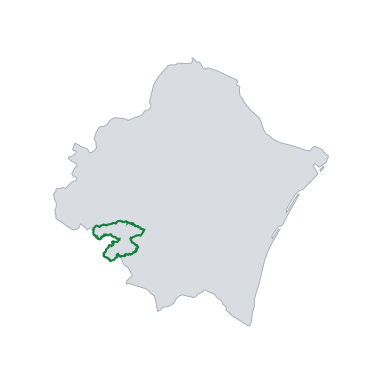 Bafing, Bafing, Ivory Coast (highlighted), rotated 305°
{"feature_id": "98640826B37750272367318", "entity_name": "Bafing", "entity_type": "district", "adm_level": 2, "iso_a3": "CIV", "parent_name": "Ivory Coast", "parent_adm1": "Bafing", "projection": "albers", "projection_center": [-7.651, 8.455], "detail": "fine", "context": "in_parent", "style": "outline", "palette": "green", "viewbox_px": 384, "rotation_deg": 305, "n_neighbors": 0, "source": "geoboundaries", "source_scale": "gbopen_adm2", "svg_char_len": 9134}
<svg xmlns="http://www.w3.org/2000/svg" viewBox="0 0 384 384"><g transform="rotate(305 192 192)"><path d="M98.3,90.0L99.5,89.9L102.4,89.1L105.1,87.1L107.6,83.0L111.0,79.7L114.7,79.9L115.9,79.3L117.2,79.2L118.8,81.3L120.4,83.0L121.5,83.0L122.4,86.2L129.3,87.5L132.3,88.3L134.8,90.6L135.6,90.7L136.7,90.2L137.5,89.4L137.7,88.5L136.6,86.5L137.1,84.6L138.2,82.9L140.0,82.8L142.6,82.4L145.7,82.3L148.0,82.6L148.9,81.0L148.1,76.3L148.3,73.8L148.6,71.6L149.5,70.7L152.9,73.4L156.1,74.4L158.3,74.5L158.9,73.9L158.0,71.0L158.2,70.1L159.1,69.6L160.5,69.3L164.5,68.0L164.9,68.3L165.7,72.9L165.4,74.5L166.2,77.7L167.3,80.6L167.2,81.8L166.3,83.6L165.3,85.3L165.5,86.0L167.1,87.1L170.1,88.3L173.3,88.6L175.0,86.8L176.9,85.4L178.1,84.2L178.6,82.3L180.6,81.0L186.3,79.2L191.5,79.0L192.8,79.5L195.2,82.1L198.2,83.8L202.8,83.6L206.2,84.6L209.1,86.6L211.1,91.0L213.2,94.1L214.1,98.6L217.5,101.0L220.1,102.1L223.7,105.3L227.4,107.0L231.2,106.6L233.0,108.3L235.9,109.5L238.7,109.5L241.2,105.7L244.4,104.2L252.8,101.1L256.0,99.7L259.4,98.8L267.4,98.4L274.9,99.3L278.6,99.9L281.1,99.4L283.6,101.2L286.1,104.9L288.1,106.1L290.2,107.4L291.8,110.3L293.7,113.3L294.7,114.6L297.0,117.5L298.9,117.5L300.8,116.2L301.6,115.3L302.0,117.2L301.3,120.3L301.4,122.2L302.5,123.0L302.0,125.5L299.8,129.7L299.8,132.3L302.0,133.0L303.6,135.6L304.6,140.2L305.6,141.7L305.7,142.6L307.4,153.6L309.5,164.7L308.3,166.1L306.6,166.6L305.5,167.1L305.2,168.1L305.9,169.7L305.5,171.0L303.3,172.0L298.7,175.6L298.4,177.0L297.2,180.0L296.2,181.8L294.7,185.3L292.4,194.2L291.6,201.7L291.5,204.0L290.6,205.6L289.5,207.9L284.5,214.3L282.0,219.6L282.4,221.8L282.5,224.1L281.8,225.7L282.0,230.1L282.6,233.8L283.6,237.4L287.4,247.6L289.4,253.7L290.6,258.7L291.7,262.1L292.7,263.4L293.1,264.7L298.6,265.6L299.7,266.3L301.3,272.8L301.0,275.7L300.0,276.9L300.1,279.3L299.8,282.4L299.1,283.7L296.0,283.9L293.9,285.1L291.2,284.6L290.9,283.9L289.4,283.6L285.3,281.9L285.9,276.2L284.0,276.0L282.6,276.8L279.8,283.6L278.4,284.8L258.1,281.5L253.6,278.7L248.4,278.1L239.2,278.5L231.6,279.4L229.4,281.2L248.6,280.0L250.6,280.2L251.6,281.2L227.4,283.6L218.2,285.0L215.4,284.7L213.3,282.5L203.3,282.3L201.2,283.1L200.0,284.7L203.9,284.3L210.2,284.2L211.9,285.4L192.3,287.1L178.8,290.2L173.1,292.5L154.2,300.0L142.7,303.5L139.6,304.8L134.4,308.5L127.7,310.7L120.1,315.0L115.5,316.0L114.4,314.6L114.3,307.4L113.7,297.7L113.9,294.0L114.5,290.5L114.5,287.7L116.8,286.6L117.4,285.4L117.8,281.6L119.9,278.2L120.0,272.2L120.6,271.0L121.1,269.4L120.2,265.5L119.0,258.1L118.4,257.6L117.9,257.9L116.7,258.1L111.9,255.5L108.3,255.1L105.7,252.9L105.5,250.4L104.3,248.9L103.4,246.1L102.1,242.8L98.5,240.8L95.2,240.3L92.8,240.7L89.9,240.6L86.7,239.5L84.5,238.2L82.4,235.8L80.4,233.9L78.9,234.1L77.0,233.7L75.1,232.8L74.5,232.1L82.3,224.5L85.0,220.7L85.3,218.4L85.3,216.1L86.2,213.7L86.4,210.1L82.1,197.0L81.0,192.9L79.8,191.7L79.1,191.3L81.3,189.6L84.3,190.0L88.9,191.3L89.9,190.0L93.4,183.4L93.3,180.9L93.0,179.2L95.0,174.7L96.7,172.9L97.5,171.0L97.2,168.5L96.0,167.5L94.4,167.7L92.5,167.0L89.5,165.5L88.0,164.2L88.5,158.2L88.8,156.4L89.8,155.3L91.4,155.0L96.0,154.8L99.7,155.5L103.0,155.9L104.7,155.9L106.1,157.7L108.0,159.5L109.6,159.5L110.2,158.1L109.8,152.2L108.7,149.1L106.2,146.1L99.8,143.5L99.6,139.9L100.3,136.0L101.7,134.5L106.5,132.0L105.6,130.7L104.1,129.3L101.1,127.9L101.8,123.2L101.9,119.0L99.4,119.5L96.7,119.7L94.5,118.4L92.7,115.9L92.3,108.9L92.4,100.9L92.0,97.3L92.7,95.4L95.0,93.7L97.4,91.4L98.3,90.0ZM288.5,284.8L287.5,286.3L282.4,285.4L283.6,284.1L288.5,284.8Z" fill="#d9dde1" stroke="#a8b0b8" stroke-width="1"/><path d="M108.7,132.5L108.3,132.8L107.1,132.5L105.9,132.5L105.6,132.5L105.1,132.9L104.8,133.0L104.2,132.5L103.9,133.4L103.4,134.0L102.3,134.1L101.9,134.8L100.5,136.0L100.9,136.9L100.7,137.4L101.1,137.7L101.1,137.9L100.7,138.2L100.3,138.8L100.8,139.0L101.3,139.5L101.3,139.8L100.6,140.1L100.4,141.2L99.7,141.1L99.6,141.3L99.7,142.2L100.2,143.0L100.2,143.5L100.6,143.6L101.1,144.2L102.1,144.1L102.4,143.6L103.0,143.5L103.4,143.5L103.7,144.2L104.1,144.1L104.5,144.2L104.9,144.8L105.5,144.5L105.9,144.4L106.2,144.5L106.5,144.3L106.8,144.3L106.9,144.7L106.3,145.6L107.0,145.9L108.1,145.9L108.1,146.1L108.2,146.5L108.1,147.5L108.9,148.6L109.2,148.7L110.0,148.8L111.0,150.2L110.9,150.4L110.2,151.4L109.8,152.1L109.8,152.6L111.2,154.6L111.3,154.9L111.2,155.3L111.2,155.8L110.8,156.2L110.9,157.0L110.7,157.3L110.7,157.6L111.0,157.9L111.2,158.4L111.6,158.7L111.8,159.2L112.2,159.5L111.9,159.7L111.7,159.6L111.4,159.8L111.3,159.6L111.0,159.5L110.8,159.7L110.4,159.5L110.1,159.7L109.0,159.5L108.4,159.6L108.1,159.5L107.7,158.8L107.7,158.5L107.3,157.9L107.3,157.6L107.0,157.2L106.9,156.8L106.6,156.0L106.1,155.7L106.0,155.4L105.5,155.5L105.1,155.1L104.9,155.2L104.8,155.5L104.6,155.8L104.9,157.1L104.6,157.6L104.4,157.7L103.9,157.7L103.1,157.9L102.9,157.8L102.8,157.7L102.6,157.3L102.3,157.3L102.1,157.2L101.8,157.2L101.8,156.7L101.4,156.7L101.5,156.3L101.7,156.2L101.8,156.0L101.5,155.4L101.5,155.2L101.1,154.9L100.8,154.6L100.4,154.8L99.7,154.8L99.2,154.9L99.0,155.3L98.3,155.1L97.9,155.2L97.4,154.9L96.7,154.9L95.8,154.5L95.4,154.8L95.0,154.8L94.6,155.1L94.5,155.4L94.0,155.5L93.8,155.3L93.3,155.4L93.1,155.2L92.6,155.4L92.3,155.0L91.9,155.0L91.6,154.7L91.0,154.7L90.8,154.8L90.5,155.6L89.8,156.1L89.1,156.0L88.9,156.2L88.8,156.6L88.8,157.8L89.2,158.5L89.1,158.9L89.7,160.1L89.8,160.5L89.4,161.6L89.5,162.0L89.7,162.6L89.6,163.2L89.4,163.6L88.9,163.8L88.6,164.6L88.7,165.1L89.9,165.6L90.6,166.1L91.3,166.9L92.3,167.2L93.4,166.9L94.1,167.2L94.5,167.2L95.0,167.5L95.5,168.1L96.0,168.1L96.1,167.6L96.3,167.2L96.6,167.1L97.1,167.3L97.0,166.8L97.0,166.5L97.2,166.4L97.6,167.1L97.8,167.2L98.1,167.0L98.4,166.7L98.8,166.5L99.0,166.8L98.5,167.7L98.4,168.8L98.5,169.4L98.3,169.6L98.0,169.7L97.8,170.0L98.0,170.6L98.5,170.6L99.1,170.9L99.8,172.1L100.4,172.5L100.3,172.8L100.5,173.4L100.8,173.7L101.2,173.5L101.3,173.7L101.6,173.9L102.2,173.6L102.3,173.2L102.5,173.3L102.7,173.2L102.8,173.3L103.4,173.4L103.5,173.5L103.5,174.1L103.6,174.6L103.8,174.7L104.0,175.0L103.7,175.2L103.8,175.8L104.0,175.9L104.1,175.7L104.4,175.9L104.8,175.9L105.1,176.4L105.3,176.5L105.6,176.4L105.7,176.7L105.5,177.3L105.8,177.3L106.2,177.5L106.3,177.7L106.3,178.0L106.6,178.1L106.7,178.4L107.0,178.5L108.0,178.7L108.3,178.6L108.5,178.7L109.1,178.5L109.3,178.8L109.1,178.9L109.3,179.3L109.5,179.4L109.9,179.3L109.8,179.7L110.0,180.0L110.3,180.1L110.7,179.7L111.3,180.3L111.6,180.1L111.9,180.3L112.1,180.3L112.4,180.0L112.7,180.0L112.9,179.8L112.7,179.6L112.7,179.4L113.0,179.1L113.6,179.2L113.7,178.9L113.9,179.1L113.8,179.4L114.0,179.6L114.4,179.6L114.6,179.5L114.8,179.3L115.1,179.2L115.5,179.5L115.6,179.2L116.0,179.3L116.2,178.9L116.3,178.7L116.2,178.6L116.2,178.4L116.5,178.3L116.5,177.9L116.3,177.7L116.2,177.5L116.5,177.2L116.8,177.2L116.7,176.8L116.3,176.7L116.2,176.5L116.5,175.6L116.4,175.4L116.5,175.2L116.4,175.1L116.4,174.5L116.6,174.3L116.6,173.9L116.7,173.7L116.6,173.4L116.8,173.0L116.8,172.6L116.6,172.5L116.6,172.2L116.3,172.0L116.4,171.7L116.3,171.3L116.5,171.0L117.2,170.4L117.5,170.1L117.6,169.5L117.6,169.2L118.1,168.5L118.8,168.1L119.4,168.2L119.6,168.1L119.8,168.6L119.7,168.8L119.9,168.9L119.9,169.2L120.7,169.3L121.0,169.5L121.3,169.8L122.5,170.4L122.9,170.7L123.5,170.9L124.1,171.5L124.3,171.4L124.4,171.6L125.0,171.7L125.3,172.4L125.9,172.8L126.0,173.2L126.5,173.7L126.5,174.4L126.6,174.6L126.7,174.8L126.8,175.0L131.8,174.9L133.8,174.6L133.7,174.0L133.1,173.5L133.0,173.2L133.3,172.8L133.3,172.7L133.1,172.4L132.8,172.3L132.6,171.4L132.4,171.0L132.6,170.7L133.1,170.4L133.3,169.9L132.8,169.0L132.4,168.6L132.3,168.4L132.4,167.7L132.8,167.6L133.1,167.3L133.0,167.1L132.6,167.0L132.6,166.6L132.2,166.0L132.0,165.8L131.9,165.6L131.6,165.4L131.3,165.0L131.3,164.8L132.1,164.5L132.2,164.3L131.9,162.9L131.2,162.5L131.2,162.3L131.4,162.1L131.9,162.2L132.5,162.0L132.6,161.9L132.6,161.5L132.4,161.4L132.0,161.0L131.6,160.7L131.4,160.6L131.0,160.6L130.9,160.4L131.0,159.9L131.4,159.7L130.8,159.3L130.7,159.2L130.6,158.7L130.8,158.2L130.6,157.9L130.6,157.5L130.5,157.3L130.0,157.2L130.3,157.1L130.3,156.5L130.0,156.4L129.8,156.0L129.9,155.9L130.3,155.7L130.2,154.9L130.2,154.7L129.9,154.5L129.5,154.2L128.6,154.0L128.4,153.7L128.2,153.3L128.1,152.8L127.7,152.5L127.7,152.4L128.0,152.2L127.9,151.7L127.6,151.5L127.5,151.1L127.3,151.0L127.3,150.5L127.5,150.3L127.5,150.2L127.3,150.0L127.2,149.7L126.8,149.5L126.6,149.0L126.4,148.8L126.2,148.7L126.0,148.4L125.8,148.3L125.6,148.0L125.0,147.8L124.5,147.6L124.4,147.7L124.2,147.7L124.0,147.8L123.9,147.7L123.3,147.7L123.1,147.4L123.0,147.6L122.9,147.6L122.5,147.7L122.3,147.5L122.3,147.2L122.2,146.8L122.3,146.5L122.1,146.3L121.8,145.9L121.7,145.6L121.5,145.3L121.1,145.3L120.8,145.1L121.2,144.9L121.1,144.7L120.4,144.5L120.2,144.7L119.9,144.4L119.0,143.8L118.3,142.9L117.0,141.7L116.8,141.5L116.7,141.6L115.9,141.3L115.8,141.2L115.5,141.0L115.3,140.3L115.4,140.2L115.4,139.8L114.7,139.1L114.9,138.9L114.8,138.6L114.5,138.5L114.4,138.0L114.2,137.9L112.8,137.0L111.8,136.8L111.7,136.4L111.4,136.5L111.1,136.7L110.4,136.5L110.2,136.0L110.2,135.0L110.0,134.3L110.0,133.6L109.6,133.0L109.1,132.6L108.7,132.5Z" fill="none" stroke="#15803d" stroke-width="2"/></g></svg>